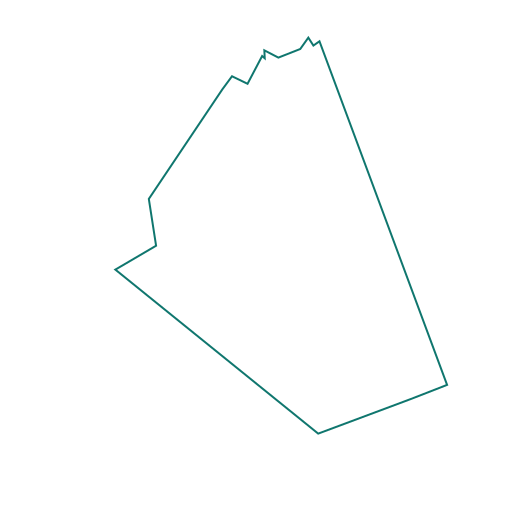 Brown, Texas, United States of America (Albers equal-area conic projection), rotated 159°
{"feature_id": "52423323B78869774166833", "entity_name": "Brown", "entity_type": "district", "adm_level": 2, "iso_a3": "USA", "parent_name": "United States of America", "parent_adm1": "Texas", "projection": "albers", "projection_center": [-99.046, 31.764], "detail": "fine", "context": "isolated", "style": "outline", "palette": "teal", "viewbox_px": 512, "rotation_deg": 159, "n_neighbors": 0, "source": "geoboundaries", "source_scale": "gbopen_adm2", "svg_char_len": 378}
<svg xmlns="http://www.w3.org/2000/svg" viewBox="0 0 512 512"><g transform="rotate(159 256 256)"><path d="M123.8,67.2L119.8,433.7L127.0,431.9L128.9,441.1L140.5,433.4L164.0,433.2L174.5,445.0L177.0,437.5L178.6,440.5L202.2,419.8L214.0,432.4L227.6,423.7L335.6,347.7L345.6,301.4L392.2,293.7L261.6,67.9L163.0,67.0L123.8,67.2Z" fill="none" stroke="#0f766e" stroke-width="2"/></g></svg>